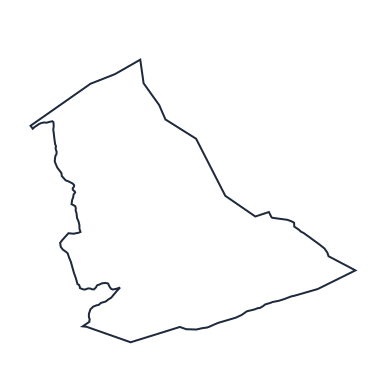 outline of San Pedro Jocotipac, Oaxaca, Mexico, rotated 261°
{"feature_id": "50627088B2588264946725", "entity_name": "San Pedro Jocotipac", "entity_type": "district", "adm_level": 2, "iso_a3": "MEX", "parent_name": "Mexico", "parent_adm1": "Oaxaca", "projection": "mercator", "projection_center": [-97.075, 17.749], "detail": "fine", "context": "isolated", "style": "outline", "palette": "slate", "viewbox_px": 384, "rotation_deg": 261, "n_neighbors": 0, "source": "geoboundaries", "source_scale": "gbopen_adm2", "svg_char_len": 2025}
<svg xmlns="http://www.w3.org/2000/svg" viewBox="0 0 384 384"><g transform="rotate(261 192 192)"><path d="M53.2,107.8L60.6,158.9L57.4,164.8L55.5,174.8L55.9,180.7L55.8,185.7L56.2,187.9L58.0,194.7L58.7,197.6L59.8,206.3L61.0,215.4L62.7,221.6L65.6,227.6L66.2,235.2L67.0,238.9L66.8,240.7L68.1,244.2L69.5,246.7L70.2,252.0L70.8,254.6L70.9,260.2L71.8,266.3L72.8,271.1L73.3,273.4L73.6,277.8L73.7,278.1L73.7,278.4L76.5,301.0L89.0,341.1L107.2,316.8L111.0,316.2L115.6,313.9L120.4,309.5L134.0,295.9L135.8,293.4L138.2,291.5L141.8,287.6L145.7,288.0L147.2,286.1L149.6,281.9L153.9,267.5L154.5,266.6L160.2,264.8L157.9,250.7L183.0,224.3L243.9,204.4L258.1,188.2L267.8,177.1L283.0,173.2L293.5,167.9L307.0,161.2L330.8,161.6L320.5,134.4L314.8,108.7L282.7,42.9L279.4,44.6L280.8,46.6L281.9,49.1L283.1,51.6L283.7,54.0L283.8,56.9L283.2,59.3L283.6,62.8L283.7,65.2L282.7,66.0L281.2,66.0L279.6,65.8L278.1,65.6L275.3,64.7L273.0,64.7L265.4,64.4L261.1,64.3L258.1,64.8L256.8,64.1L255.0,64.2L252.8,64.6L250.5,64.0L249.3,62.9L246.9,62.0L243.5,61.2L241.0,61.8L237.3,62.7L234.3,64.3L231.1,66.0L228.1,65.9L225.8,67.4L223.3,69.0L221.9,71.5L219.1,75.4L217.1,76.7L215.7,76.2L214.4,74.8L213.1,74.6L211.7,75.5L210.9,76.3L209.8,76.5L208.1,74.7L205.2,73.7L202.7,72.3L198.8,71.1L197.6,72.8L196.2,74.5L194.2,74.7L192.0,74.2L189.2,74.6L184.2,74.4L180.8,75.3L177.1,75.6L173.2,75.1L170.0,75.6L169.5,73.6L169.3,68.6L170.6,63.5L164.7,56.2L162.4,53.8L158.3,53.8L155.2,55.5L153.0,57.8L150.9,59.6L147.8,60.1L145.7,60.5L142.1,61.4L130.9,62.7L125.0,63.8L118.9,64.5L117.9,65.9L116.1,66.3L114.6,66.3L112.8,69.4L112.4,71.1L112.8,72.8L113.0,74.6L112.5,76.6L111.4,78.4L111.2,80.1L112.7,82.1L114.6,83.6L115.1,86.0L115.9,89.0L115.7,92.0L115.0,94.5L113.9,95.1L112.5,95.4L110.6,96.1L109.0,97.0L108.1,98.5L108.2,102.2L108.9,106.0L105.8,102.0L100.2,95.6L99.1,92.9L97.3,89.5L97.0,87.2L96.7,84.6L95.1,82.3L95.0,79.9L94.2,76.4L91.9,73.2L89.8,72.2L88.2,71.3L85.8,70.7L84.3,70.7L81.8,71.0L81.0,70.5L79.8,70.3L76.4,63.0L75.4,66.7L53.2,107.8Z" fill="none" stroke="#1e293b" stroke-width="2"/></g></svg>